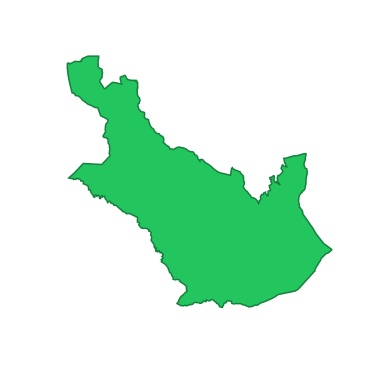 outline of La Perla, Veracruz, Mexico, rotated 192°
{"feature_id": "50627088B27528347221252", "entity_name": "La Perla", "entity_type": "district", "adm_level": 2, "iso_a3": "MEX", "parent_name": "Mexico", "parent_adm1": "Veracruz", "projection": "albers", "projection_center": [-97.171, 18.982], "detail": "fine", "context": "isolated", "style": "filled", "palette": "green", "viewbox_px": 384, "rotation_deg": 192, "n_neighbors": 0, "source": "geoboundaries", "source_scale": "gbopen_adm2", "svg_char_len": 6041}
<svg xmlns="http://www.w3.org/2000/svg" viewBox="0 0 384 384"><g transform="rotate(192 192 192)"><path d="M88.6,253.2L90.5,252.7L97.3,249.1L100.0,248.5L107.0,244.7L109.2,244.1L107.5,239.8L106.6,239.2L106.1,238.0L104.6,236.4L106.4,236.2L107.7,236.4L108.8,237.4L109.3,237.2L109.8,233.6L107.7,231.7L107.7,230.7L108.2,229.1L110.2,226.2L111.4,226.0L111.5,223.2L110.8,221.7L110.7,220.5L107.1,217.2L108.3,217.5L111.1,218.8L111.8,219.5L112.4,218.6L113.9,219.7L114.5,221.7L114.6,224.0L115.2,224.9L115.8,224.8L117.4,222.9L118.9,222.3L118.1,220.5L116.8,220.8L117.0,218.6L115.7,217.1L116.0,216.0L117.8,214.3L117.3,213.0L115.5,210.0L117.8,208.6L116.9,204.2L117.4,204.0L118.9,205.1L120.0,206.4L120.1,207.1L121.7,205.9L121.8,204.3L123.4,204.0L124.1,201.8L123.2,199.2L123.4,198.5L124.5,197.6L124.0,195.7L124.5,194.5L126.6,197.1L127.9,198.1L129.1,198.7L131.9,199.2L132.7,199.0L133.3,199.4L134.0,200.7L135.6,201.7L138.2,204.0L139.5,204.5L141.4,206.0L143.0,208.0L142.5,211.0L142.9,212.8L143.9,213.8L143.9,214.6L144.6,215.5L144.4,216.2L144.6,217.1L145.3,218.5L148.6,220.7L149.3,221.9L150.7,221.9L151.8,222.3L154.5,222.3L155.0,222.9L155.7,222.8L156.7,223.3L157.6,224.2L158.2,223.2L157.8,216.4L168.5,216.6L171.1,217.1L175.7,219.2L177.2,220.2L181.7,222.5L184.9,223.5L188.3,225.8L189.5,225.9L190.7,225.3L190.7,223.9L193.0,225.7L193.7,227.3L195.1,228.8L197.2,229.1L198.6,231.1L199.8,231.4L201.6,231.1L203.8,231.5L205.9,232.3L206.2,232.7L209.4,233.3L214.1,233.2L215.7,232.6L219.0,229.7L220.1,229.9L222.6,229.6L223.6,231.1L224.7,231.8L226.4,232.3L230.4,234.6L230.2,235.4L230.9,238.7L232.2,240.2L234.6,240.7L236.4,242.2L237.7,242.0L239.3,242.3L241.2,243.5L242.7,245.6L244.6,246.4L246.7,248.2L249.0,252.0L249.5,253.6L250.8,254.0L251.4,253.8L252.6,254.1L253.4,254.5L254.3,255.9L254.6,258.9L255.0,259.8L256.0,260.1L256.6,259.9L259.1,260.3L260.0,261.3L261.2,261.8L261.8,263.4L263.0,265.2L262.9,267.1L262.1,267.9L262.0,271.1L263.1,273.3L264.0,273.6L264.9,274.6L266.2,277.3L267.1,282.3L266.7,282.4L267.9,287.5L268.3,287.4L268.7,288.9L270.6,288.7L270.2,289.5L275.3,288.5L278.0,288.7L279.0,289.1L281.8,292.2L286.0,289.5L285.7,287.4L283.3,282.9L290.3,283.0L292.5,282.7L293.8,281.4L297.5,276.5L298.1,275.3L299.3,274.8L305.1,280.7L305.2,282.7L303.8,285.2L304.4,289.1L304.2,289.8L304.6,290.8L305.3,291.5L305.3,293.2L308.9,294.2L309.8,295.3L311.1,300.4L311.2,304.0L311.5,305.5L322.1,303.2L327.2,299.6L326.8,298.5L327.9,297.8L327.5,296.7L330.9,295.8L333.6,295.5L337.8,292.1L339.7,292.5L340.6,291.8L339.8,287.5L337.5,280.7L334.5,273.5L329.9,264.0L328.0,264.1L325.8,262.1L323.1,262.3L320.6,261.0L318.5,259.3L311.8,256.2L308.2,255.6L305.2,254.7L303.2,254.5L301.8,255.0L297.2,247.6L290.1,245.7L289.4,245.0L289.0,244.4L288.9,242.9L290.2,241.1L290.4,238.8L289.9,235.1L289.1,233.0L290.7,228.2L290.0,227.8L289.8,227.1L288.3,227.2L285.4,226.8L284.1,222.3L282.7,221.1L282.3,220.1L282.1,218.7L281.3,217.4L281.3,215.8L280.9,212.0L280.5,211.9L279.7,210.3L286.0,200.1L304.3,197.3L310.6,186.8L315.5,180.1L313.3,180.0L311.4,180.4L310.7,179.7L310.2,179.7L309.8,180.1L309.5,180.0L307.8,180.5L307.5,181.4L306.3,181.5L305.8,181.1L305.3,181.4L304.4,181.3L302.7,179.5L301.4,180.1L300.2,179.2L299.9,177.9L300.1,177.5L296.6,176.9L295.1,176.3L294.0,174.5L293.6,172.6L292.4,172.9L291.8,172.6L290.5,170.3L288.7,168.8L286.9,166.6L286.2,166.7L285.8,167.1L286.4,168.0L285.6,169.2L284.9,169.0L284.2,168.1L283.8,168.3L283.2,169.3L282.8,169.4L282.1,168.9L281.0,166.5L280.4,166.4L280.0,166.9L280.3,168.4L279.7,169.6L279.2,169.4L278.9,168.5L278.6,168.3L277.8,169.3L276.9,169.7L276.1,169.4L275.9,167.8L273.6,166.0L272.8,165.1L272.4,164.1L270.8,165.9L270.2,165.8L269.3,164.4L266.7,164.1L265.8,162.9L263.2,163.0L258.4,160.2L257.7,160.3L257.1,159.3L256.6,159.3L255.5,158.4L253.9,158.5L251.6,157.1L248.4,158.0L244.2,156.8L243.0,156.7L241.7,156.1L240.6,156.3L239.9,155.3L239.2,151.3L237.1,150.9L236.9,150.6L237.3,148.8L234.6,146.6L234.2,146.3L232.8,146.1L232.3,146.6L231.3,146.5L228.2,147.0L227.3,146.3L226.3,146.0L226.1,144.8L224.7,144.8L223.5,143.3L223.2,142.6L223.6,141.3L222.2,140.0L221.9,138.2L222.1,136.6L221.6,135.8L218.8,133.3L217.2,131.0L217.6,130.4L216.8,129.6L216.4,129.8L215.9,128.8L215.8,129.2L215.2,129.6L215.3,126.7L214.1,126.5L214.5,127.2L213.7,127.1L213.5,127.3L212.4,126.8L212.2,127.6L211.8,127.8L210.7,126.2L210.3,126.7L209.3,126.4L209.5,126.1L208.1,125.6L207.1,124.8L207.6,123.9L207.2,123.5L208.0,122.7L206.8,122.0L207.1,120.7L208.0,119.8L207.2,119.5L207.5,118.7L207.1,118.5L207.5,117.4L202.8,115.6L199.3,112.5L199.1,111.5L197.6,109.6L197.2,108.7L195.2,107.6L193.8,105.3L192.9,104.9L192.3,102.6L189.7,102.7L188.9,103.3L186.0,103.4L185.1,101.8L180.0,99.9L177.8,98.4L177.2,95.5L176.2,94.3L179.0,90.2L179.4,89.1L180.5,88.3L181.6,86.3L181.7,85.2L182.4,83.8L182.2,82.2L183.2,80.8L183.5,79.8L182.7,79.4L181.4,79.4L179.7,78.5L176.4,78.9L175.6,79.7L173.5,79.5L172.7,80.3L170.3,81.3L169.8,81.9L168.7,81.9L167.9,82.5L167.4,83.8L165.6,84.8L164.3,84.7L163.3,85.2L161.6,84.8L160.2,85.0L158.6,86.3L158.4,87.4L157.5,88.1L156.6,88.1L156.3,87.5L155.8,87.6L155.5,87.8L155.3,89.4L153.3,89.0L152.4,89.1L149.8,91.1L149.1,91.0L146.5,89.4L145.7,89.2L144.6,88.1L143.5,88.1L142.5,87.4L141.2,85.6L139.3,85.3L138.2,85.6L138.2,87.0L137.6,87.9L137.6,89.5L137.2,89.9L135.8,90.7L135.4,91.5L135.5,92.5L134.6,93.0L133.0,93.0L132.3,93.3L130.6,93.2L130.2,91.8L129.9,91.3L128.5,91.2L126.8,91.5L125.3,92.3L123.8,92.2L121.8,92.9L120.0,92.7L119.1,92.2L117.0,92.5L116.4,92.2L112.1,91.4L110.4,92.4L109.7,92.3L106.4,94.8L104.8,94.7L101.5,97.9L97.9,100.0L92.7,103.7L89.0,106.8L86.4,109.6L70.3,116.7L67.8,119.1L55.8,139.8L55.3,140.3L55.6,141.6L54.6,145.4L53.8,146.8L53.2,149.1L52.1,151.6L52.0,153.1L51.5,154.3L48.1,159.5L46.1,160.7L44.1,163.2L43.4,164.2L43.4,164.9L52.7,169.1L61.8,176.8L66.7,182.1L79.2,193.7L79.3,194.9L80.2,196.5L83.0,199.2L83.7,199.4L84.3,201.8L85.9,205.0L86.4,209.1L86.2,211.0L85.3,213.6L84.3,214.3L84.0,215.5L82.3,217.8L82.3,224.2L82.9,226.7L83.2,229.8L83.2,233.9L83.7,236.4L84.7,238.6L86.2,238.9L86.8,239.4L88.4,242.5L87.9,247.2L88.4,250.3L88.1,252.0L88.6,253.2Z" fill="#22c55e" stroke="#15803d" stroke-width="1.5"/></g></svg>